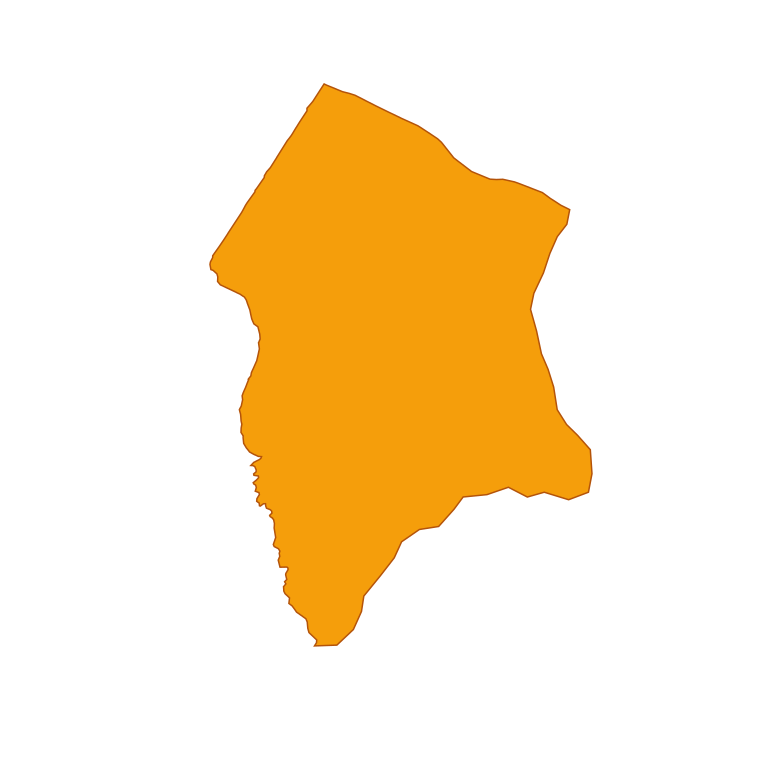 Grande Sido, Moyen-Chari, Chad (Albers equal-area conic projection), rotated 127°
{"feature_id": "50815135B5443465425830", "entity_name": "Grande Sido", "entity_type": "district", "adm_level": 2, "iso_a3": "TCD", "parent_name": "Chad", "parent_adm1": "Moyen-Chari", "projection": "albers", "projection_center": [18.707, 8.449], "detail": "fine", "context": "isolated", "style": "filled", "palette": "amber", "viewbox_px": 768, "rotation_deg": 127, "n_neighbors": 0, "source": "geoboundaries", "source_scale": "gbopen_adm2", "svg_char_len": 4395}
<svg xmlns="http://www.w3.org/2000/svg" viewBox="0 0 768 768"><g transform="rotate(127 384 384)"><path d="M180.4,612.4L187.5,611.9L201.2,610.9L201.3,610.9L206.2,611.2L210.1,611.5L212.2,609.9L224.9,609.1L225.0,609.1L227.2,608.9L228.4,608.8L231.5,608.5L232.1,608.5L234.1,608.3L239.9,607.7L241.7,607.6L244.8,607.6L245.0,607.6L247.9,607.7L267.7,606.0L267.9,605.9L268.0,605.9L279.3,605.0L279.7,605.0L284.9,605.4L285.4,605.4L287.6,605.1L289.6,604.9L290.7,604.2L291.2,603.9L304.6,603.4L304.8,603.4L305.0,603.4L306.9,603.5L308.3,602.7L321.6,602.4L324.0,602.2L325.0,602.1L326.1,601.9L330.7,601.2L332.2,601.0L333.2,600.9L356.2,599.4L357.6,599.3L358.1,599.2L362.6,598.9L367.8,598.6L374.5,598.3L381.8,598.1L383.9,598.0L384.6,598.0L385.5,597.4L386.2,596.9L390.9,596.1L391.8,595.7L393.3,594.9L396.8,591.1L396.3,589.5L396.1,588.8L396.6,583.7L398.2,581.6L398.3,581.4L398.5,581.2L398.8,581.0L399.5,580.5L402.3,578.6L403.3,574.4L400.0,558.5L399.7,557.1L399.7,556.8L399.6,556.3L398.9,553.1L398.7,549.0L398.6,548.4L398.6,547.7L399.1,546.4L399.2,546.2L399.6,544.9L401.4,542.1L401.5,542.1L405.6,535.7L407.8,533.2L408.1,532.9L411.6,528.8L411.8,528.4L412.8,526.8L413.1,526.2L414.3,524.1L414.2,519.1L415.0,518.1L415.2,517.9L418.9,513.3L420.9,511.5L422.6,510.0L425.0,509.4L425.3,509.3L426.1,509.1L426.5,509.1L428.3,507.3L429.4,506.2L430.8,504.8L431.1,504.6L431.4,504.5L431.6,504.3L433.1,503.7L436.5,502.1L442.1,499.6L443.1,499.4L450.3,497.7L451.8,497.4L452.7,497.2L454.8,496.7L457.7,495.2L460.3,495.3L461.8,495.3L461.8,495.2L461.8,494.8L462.2,494.7L467.3,493.3L467.5,493.2L470.1,492.5L470.3,492.4L471.8,492.1L475.6,491.2L475.9,491.1L478.8,490.2L481.7,487.4L487.6,484.7L488.9,484.5L489.1,484.5L491.5,484.1L493.2,482.0L494.3,480.5L496.5,478.5L499.4,476.0L499.6,475.8L501.7,473.3L505.1,471.6L508.7,469.1L510.2,465.2L510.3,465.2L511.3,464.5L511.9,464.0L515.9,460.3L517.9,455.4L518.2,454.1L518.9,451.4L519.2,450.5L518.9,448.4L518.9,448.2L518.4,444.8L518.2,444.5L518.2,444.4L517.5,441.0L517.5,440.9L515.9,438.4L515.7,438.1L516.5,437.9L517.2,437.6L519.2,438.0L522.6,439.7L524.2,440.4L525.1,440.9L525.4,440.9L525.7,440.9L529.2,441.3L527.9,439.3L527.9,438.8L527.9,438.6L527.7,437.5L528.2,436.7L529.5,434.4L531.1,433.3L534.3,434.0L535.2,432.9L534.4,431.4L534.3,431.2L533.1,429.1L533.9,428.0L534.6,427.9L535.1,427.8L536.6,428.0L537.5,428.1L541.5,429.1L542.2,427.9L542.0,425.6L542.4,425.1L542.5,425.0L543.5,423.7L545.5,422.9L547.1,422.3L546.0,418.5L547.3,417.0L547.4,416.9L548.3,416.9L552.0,416.5L554.3,415.1L554.3,413.9L554.2,412.1L555.1,411.2L556.2,410.2L556.1,409.8L555.9,409.3L552.2,408.2L550.9,406.6L552.6,405.1L553.1,404.3L553.5,403.7L553.9,403.1L552.8,399.0L553.2,397.1L553.9,396.5L554.0,396.4L554.5,395.8L557.7,396.3L558.0,395.8L558.4,395.2L558.3,393.6L558.2,392.7L558.3,392.7L558.6,391.4L558.6,391.2L558.8,390.5L561.3,387.6L563.5,386.1L565.1,385.1L571.8,378.1L578.8,375.8L579.9,373.9L579.1,369.2L580.1,366.6L582.3,365.8L582.9,365.1L584.4,363.5L587.5,362.7L588.3,362.5L592.9,356.8L591.3,354.8L590.3,353.5L589.5,352.5L589.1,352.0L589.0,351.9L588.6,351.1L588.8,349.9L589.6,349.3L589.6,349.2L590.0,348.9L594.3,348.4L595.6,347.7L598.0,344.8L598.3,344.4L598.6,344.0L600.2,344.2L601.7,344.4L601.8,344.2L602.7,342.1L605.5,342.2L606.3,342.3L608.8,340.1L609.6,339.5L610.1,338.6L611.0,336.8L611.2,335.3L611.2,334.8L611.7,330.7L613.3,329.8L613.4,329.7L616.5,327.9L616.5,327.7L616.5,326.4L616.5,326.2L616.5,323.9L617.8,319.5L618.8,316.6L618.5,305.1L620.2,302.2L620.3,302.0L620.7,301.7L625.0,297.8L625.7,296.9L625.8,296.8L627.7,294.3L628.9,283.7L631.3,282.2L635.0,281.9L620.9,264.5L598.5,260.7L579.2,265.1L565.5,272.5L539.3,271.5L516.7,271.2L499.4,275.0L478.9,268.2L464.9,254.6L441.9,252.7L426.6,252.8L410.4,235.2L391.6,222.5L388.0,201.5L374.0,190.9L365.3,166.9L347.4,155.6L330.5,163.9L312.3,179.7L308.5,198.5L306.5,213.8L300.3,230.2L284.3,246.7L273.6,261.7L265.1,276.5L249.9,294.0L236.2,311.9L221.4,318.9L199.4,323.5L179.9,330.1L162.0,334.3L146.4,334.1L133.0,340.6L133.4,342.9L134.8,350.3L135.3,357.9L135.7,362.9L135.7,364.4L135.8,372.7L142.7,397.1L144.1,401.5L149.0,412.3L153.0,417.2L156.6,422.6L161.6,441.9L161.5,459.4L161.4,464.5L158.8,474.4L156.4,483.6L155.9,488.7L156.4,497.8L156.9,505.6L157.1,508.9L157.4,512.4L161.3,529.8L161.6,531.4L164.1,543.9L165.0,548.6L166.7,557.4L168.6,568.1L169.7,574.7L170.2,577.3L170.8,580.8L172.8,586.6L175.5,593.0L179.9,609.8L180.4,612.4Z" fill="#f59e0b" stroke="#b45309" stroke-width="1.5"/></g></svg>